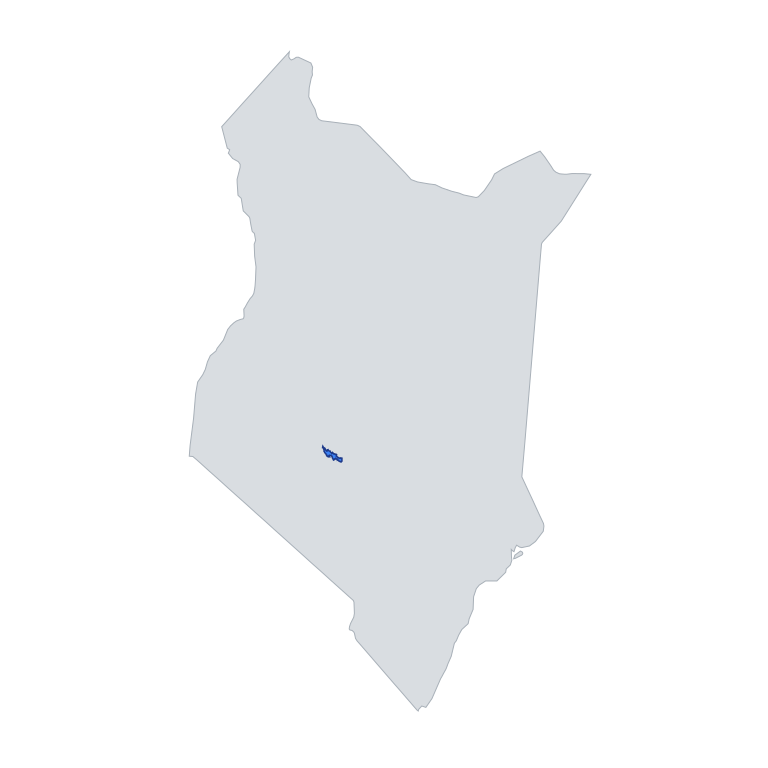 location of Kigumo, Central, Kenya, rotated 5°
{"feature_id": "3690345B17600682902163", "entity_name": "Kigumo", "entity_type": "district", "adm_level": 2, "iso_a3": "KEN", "parent_name": "Kenya", "parent_adm1": "Central", "projection": "equal_earth", "projection_center": [36.915, -0.774], "detail": "fine", "context": "in_parent", "style": "filled", "palette": "blue", "viewbox_px": 768, "rotation_deg": 5, "n_neighbors": 0, "source": "geoboundaries", "source_scale": "gbopen_adm2", "svg_char_len": 6348}
<svg xmlns="http://www.w3.org/2000/svg" viewBox="0 0 768 768"><g transform="rotate(5 384 384)"><path d="M196.3,472.9L196.2,462.1L197.3,434.6L197.2,410.4L198.2,398.3L202.6,390.6L204.7,385.1L206.2,377.3L208.5,370.9L213.7,365.8L214.7,362.9L220.2,354.3L223.6,343.2L226.1,339.4L229.2,336.0L231.5,334.1L235.1,332.3L238.0,331.3L238.5,330.4L238.7,328.6L237.8,321.7L239.0,319.5L241.0,314.9L243.2,310.6L245.2,307.9L246.4,305.1L246.9,300.2L247.0,296.8L246.9,291.2L246.3,278.5L244.0,267.9L242.5,256.0L243.6,252.1L241.7,245.1L240.8,244.7L239.3,243.2L237.4,236.6L235.9,230.6L235.0,229.1L228.7,223.8L225.6,211.5L222.1,208.7L220.2,196.4L219.8,192.9L221.8,180.7L221.6,177.8L219.5,175.2L213.6,172.6L208.8,167.6L209.4,165.8L209.8,164.0L207.3,162.7L199.9,141.8L209.4,129.2L219.0,116.4L231.2,100.3L242.4,85.4L252.1,72.6L260.8,61.2L260.6,63.4L260.6,66.3L261.7,68.1L263.4,69.3L265.9,68.0L268.1,66.2L270.2,65.9L283.2,70.6L285.3,74.7L285.2,79.2L285.8,82.4L284.8,85.7L283.7,95.5L284.0,104.5L287.9,111.2L291.4,116.4L294.1,123.8L296.1,126.1L299.0,127.2L307.9,127.5L321.1,128.0L333.8,128.5L335.0,128.6L337.7,129.6L349.4,139.6L360.1,148.7L369.2,156.6L378.0,164.3L386.6,171.8L393.2,178.0L399.8,179.8L410.4,180.7L417.8,181.0L424.6,183.6L434.7,186.1L442.2,187.3L446.8,188.7L459.5,190.2L461.6,189.3L467.1,182.5L473.4,171.3L475.8,165.1L483.9,159.0L498.1,150.5L508.1,144.5L519.2,138.4L524.2,143.6L531.2,152.1L534.3,156.2L536.8,158.0L540.6,159.3L545.2,159.3L547.8,159.1L552.9,158.0L564.9,157.0L571.8,157.1L566.0,168.3L559.1,181.7L546.4,206.3L536.7,219.3L529.3,229.1L528.7,230.8L528.7,241.7L528.8,268.5L529.0,321.9L529.2,375.4L529.4,428.8L529.4,455.5L529.4,464.5L535.9,475.8L542.2,486.7L550.5,501.3L555.0,509.0L555.7,511.6L555.5,516.8L548.6,527.7L543.0,532.7L535.4,535.0L533.2,534.6L530.2,533.0L529.0,535.6L528.1,539.7L526.5,538.9L525.2,537.7L526.0,544.9L526.7,548.4L525.6,553.3L521.9,557.5L521.6,561.0L513.6,570.4L502.3,571.4L496.4,576.0L493.8,579.8L491.8,588.1L492.4,600.8L489.3,610.5L488.7,615.4L482.9,621.8L480.3,627.6L478.4,633.5L476.7,636.1L474.7,649.4L472.0,657.4L471.3,660.1L470.6,662.5L468.5,667.2L467.1,670.5L466.1,672.6L459.2,693.2L453.9,702.5L449.7,701.5L446.9,705.1L446.6,706.8L445.1,705.8L441.6,702.4L434.4,695.4L427.2,688.4L419.9,681.4L412.7,674.4L405.5,667.4L398.3,660.4L391.1,653.4L383.9,646.4L379.6,642.3L377.8,639.9L376.3,635.0L375.6,633.8L373.7,632.3L371.4,632.0L370.7,631.1L370.8,628.7L371.6,625.4L374.2,618.9L374.5,615.2L374.0,610.9L373.1,604.0L372.4,602.4L367.6,598.8L357.6,591.3L347.6,583.8L337.6,576.2L327.5,568.7L317.5,561.1L307.5,553.6L297.4,546.0L287.4,538.5L277.4,530.9L267.3,523.4L257.3,515.8L247.2,508.3L237.2,500.8L227.2,493.2L217.1,485.7L207.1,478.1L203.3,475.3L199.9,472.9L196.3,472.9ZM530.1,546.2L528.4,546.8L529.3,543.1L534.5,538.5L536.6,539.5L537.0,540.6L536.8,541.6L536.0,542.5L530.1,546.2Z" fill="#d9dde1" stroke="#a8b0b8" stroke-width="1"/><path d="M335.7,461.3L335.6,461.2L335.5,460.9L335.4,460.7L335.4,460.1L335.5,460.0L335.7,460.4L336.0,460.5L336.0,460.4L336.0,460.2L336.1,459.9L336.3,460.0L336.5,460.0L336.8,460.0L336.9,459.9L337.3,459.7L337.4,459.8L337.4,460.0L337.6,460.1L337.9,460.3L338.0,460.2L338.3,460.3L338.5,460.4L338.5,460.6L338.5,460.8L338.7,461.0L338.7,461.3L338.9,461.6L339.0,461.9L339.0,462.1L339.2,462.3L339.3,462.5L339.5,462.8L339.7,463.0L339.9,463.4L339.9,463.5L340.0,463.8L340.2,464.0L340.3,464.1L340.6,463.9L340.7,464.0L340.8,463.9L340.7,463.8L340.7,463.6L340.9,463.2L341.1,463.0L341.3,463.1L341.5,463.1L341.8,463.2L342.0,463.0L342.0,462.9L342.0,462.7L342.2,462.4L342.3,462.2L342.5,462.3L342.6,462.5L342.8,462.7L343.0,462.7L343.3,463.0L343.5,463.0L343.7,463.3L343.8,463.4L343.9,463.5L344.0,463.5L344.1,463.8L344.3,463.6L344.5,463.7L344.6,463.8L344.8,463.7L345.2,463.9L345.3,464.0L345.5,464.3L345.7,464.5L345.9,464.8L346.1,464.9L346.3,464.9L346.5,465.0L346.6,464.9L347.0,464.9L347.2,465.1L347.7,465.4L348.0,465.5L348.2,465.3L348.4,465.0L348.7,464.7L348.8,464.6L348.8,464.3L348.7,464.0L348.8,463.4L348.7,463.1L348.6,462.8L348.6,461.9L348.6,461.6L348.2,461.6L347.8,461.5L347.7,461.4L347.4,461.3L347.2,461.5L347.0,461.8L346.5,461.9L346.3,461.9L346.1,461.8L346.0,461.6L345.8,461.6L345.7,461.6L345.4,461.6L345.1,461.6L344.9,461.6L345.1,461.3L344.9,461.2L344.7,461.2L344.3,461.0L344.2,461.0L344.0,460.8L343.9,460.8L343.8,460.6L343.7,460.5L343.5,460.4L343.4,460.4L343.2,460.3L342.8,460.1L342.9,459.7L342.7,459.3L342.6,459.2L342.6,458.9L342.8,458.9L343.0,458.8L343.0,458.7L342.9,458.5L342.9,458.4L342.7,458.3L342.6,458.2L342.4,458.2L342.3,458.4L342.2,458.3L342.1,458.2L341.7,458.1L341.4,458.2L341.2,458.3L341.1,458.2L340.9,458.1L340.8,457.9L340.6,457.9L340.4,458.0L340.1,457.9L339.9,457.9L339.8,457.7L339.7,457.6L339.5,457.4L339.4,457.4L339.2,457.2L339.1,457.3L339.0,457.2L339.0,457.3L338.9,457.2L338.9,457.3L338.8,457.2L338.5,457.2L338.4,457.2L338.3,457.3L338.3,457.2L338.1,457.3L338.1,457.1L337.9,457.0L337.7,457.0L337.4,457.0L337.3,456.9L337.2,456.8L337.0,456.7L336.9,456.7L336.7,456.6L336.6,456.4L336.3,456.1L336.3,455.9L336.2,455.9L336.1,455.7L336.0,455.8L335.9,455.8L335.6,455.6L335.4,455.5L335.2,455.4L334.9,455.3L334.8,455.2L334.7,455.2L334.5,454.9L334.4,454.9L334.2,454.6L333.9,454.6L333.7,454.5L333.7,454.4L333.5,454.5L333.4,454.5L333.3,454.8L333.2,455.3L333.0,455.6L333.0,455.9L332.9,455.9L332.8,455.7L332.7,455.6L332.4,455.4L332.2,455.3L332.2,455.2L331.8,454.9L331.7,454.8L331.5,454.4L331.4,454.3L331.4,454.2L331.2,454.0L331.1,453.7L330.8,453.5L330.7,453.6L330.3,453.2L330.3,452.9L330.1,452.9L329.9,452.9L329.7,452.8L329.4,452.8L329.4,452.7L329.3,452.4L329.2,452.3L329.1,452.2L328.8,451.9L328.7,451.7L328.5,451.4L328.4,452.1L328.4,452.8L328.3,453.2L328.3,453.4L328.5,452.6L328.8,452.6L329.0,452.7L329.1,452.8L329.3,453.1L329.5,453.3L329.4,453.5L329.4,453.8L329.5,453.9L329.6,454.1L329.7,454.3L329.8,454.3L329.9,454.5L330.0,454.7L330.0,454.8L330.0,455.0L330.1,455.5L330.1,455.8L330.2,456.0L330.2,456.3L330.3,456.3L330.4,456.5L330.6,456.8L330.7,457.0L330.8,457.2L330.9,457.4L331.1,457.5L331.3,457.8L331.4,458.0L331.5,458.1L331.8,458.4L332.0,458.5L332.3,458.7L332.4,459.0L332.5,459.1L332.6,459.3L332.8,459.4L332.8,459.6L333.0,459.7L333.0,459.8L333.1,460.0L333.1,460.3L333.4,460.4L333.4,460.5L333.5,460.5L333.7,460.8L333.8,460.8L334.0,460.8L334.2,461.0L334.3,461.0L334.5,461.0L334.5,461.3L334.8,461.4L334.9,461.2L335.0,461.2L335.3,461.3L335.5,461.3L335.7,461.3Z" fill="#3b82f6" stroke="#1e3a8a" stroke-width="1.5"/></g></svg>